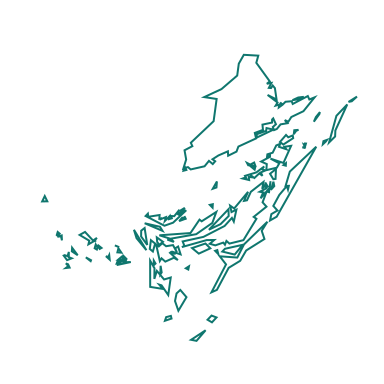 outline of Van Don, Quảng Ninh, Vietnam, rotated 10°
{"feature_id": "81297802B23156291808671", "entity_name": "Van Don", "entity_type": "district", "adm_level": 2, "iso_a3": "VNM", "parent_name": "Vietnam", "parent_adm1": "Quảng Ninh", "projection": "albers", "projection_center": [107.384, 20.984], "detail": "fine", "context": "isolated", "style": "outline", "palette": "teal", "viewbox_px": 384, "rotation_deg": 10, "n_neighbors": 0, "source": "geoboundaries", "source_scale": "gbopen_adm2", "svg_char_len": 6132}
<svg xmlns="http://www.w3.org/2000/svg" viewBox="0 0 384 384"><g transform="rotate(10 192 192)"><path d="M179.2,172.2L181.0,169.4L183.7,168.2L186.8,170.0L199.9,164.5L203.3,158.4L207.6,160.9L209.5,157.7L206.5,156.2L211.7,151.4L220.3,145.7L221.3,150.0L228.8,144.5L229.8,139.2L245.8,128.1L243.6,122.9L251.1,118.5L249.7,113.4L258.8,109.7L258.3,106.7L259.2,105.4L262.9,110.7L260.3,114.0L262.1,116.8L264.6,115.2L267.5,110.0L274.0,107.7L270.9,105.1L274.7,106.0L276.8,100.9L287.7,93.1L296.3,77.5L291.5,80.5L289.4,77.4L275.9,87.8L274.4,85.3L268.4,86.9L266.2,90.1L263.3,88.6L265.3,91.1L262.8,93.7L262.7,90.8L259.4,92.4L260.7,89.0L249.6,83.3L259.2,86.2L255.6,75.3L253.0,73.1L251.8,75.9L249.6,76.1L251.3,70.8L246.9,72.4L249.4,69.6L232.9,53.6L233.6,46.2L219.2,47.9L215.8,57.5L216.3,69.5L203.2,85.5L187.6,96.4L200.1,96.1L201.0,118.5L182.3,143.7L184.4,146.8L177.4,152.2L180.6,161.0L179.2,172.2ZM267.9,178.8L267.5,167.7L267.6,174.6L260.7,186.3L262.2,180.0L258.7,180.0L264.4,175.6L262.1,173.2L260.6,176.7L260.6,169.7L249.9,181.6L247.6,190.6L244.8,191.7L247.2,182.1L236.4,200.9L231.9,198.8L234.4,204.9L238.8,201.7L238.3,213.9L235.8,210.6L230.0,219.8L211.1,234.2L191.4,242.3L193.9,246.4L191.6,248.0L214.8,236.8L222.2,235.4L218.5,239.9L224.2,240.5L231.6,236.4L233.6,238.2L234.4,234.2L237.8,236.3L251.0,230.5L260.1,207.2L257.1,205.8L267.9,193.5L263.3,189.9L265.4,178.6L267.9,178.8ZM279.7,201.6L306.5,125.8L284.8,154.9L283.1,169.8L286.3,169.1L286.1,172.9L285.2,171.1L283.6,170.9L278.5,179.7L274.5,191.6L279.4,195.4L274.0,200.0L273.8,206.5L279.7,201.6ZM271.4,208.2L252.3,234.6L248.0,248.7L230.5,250.5L238.1,257.4L228.6,287.4L233.5,284.1L241.3,260.3L251.4,251.4L255.5,240.2L271.5,225.7L267.4,218.1L271.4,208.2ZM281.6,129.3L275.2,131.4L277.5,133.5L269.8,132.4L270.5,129.2L266.9,131.5L264.6,139.3L259.7,141.8L259.8,144.4L262.5,142.5L262.7,143.8L254.8,150.0L260.8,151.5L261.4,157.6L271.3,153.3L273.0,148.6L263.5,145.5L277.0,147.5L281.6,129.3ZM168.7,251.4L159.9,246.6L160.3,255.4L163.8,257.4L164.6,249.9L166.1,250.6L172.3,265.6L173.5,262.6L177.8,265.2L185.6,259.9L189.9,261.5L180.9,255.7L181.9,254.6L182.8,254.2L191.6,255.4L187.8,248.1L185.2,250.4L187.6,254.0L182.5,247.6L175.9,249.9L171.7,247.6L168.7,251.4ZM219.4,207.4L206.6,219.2L204.2,217.9L197.6,232.7L167.4,240.3L178.8,241.8L203.5,232.8L217.4,218.9L219.4,207.4ZM170.0,284.1L168.3,273.6L162.7,266.9L167.3,292.7L180.2,292.5L175.8,288.9L178.2,289.2L186.5,297.6L185.9,279.9L179.7,283.0L171.1,275.8L170.0,284.1ZM185.7,213.9L187.6,208.9L184.1,212.0L185.0,214.0L184.2,217.2L181.5,216.1L184.4,214.3L181.5,214.0L182.7,211.6L178.7,218.9L175.5,219.3L176.7,221.4L174.1,222.7L174.0,219.9L170.3,225.3L170.6,221.3L164.8,224.9L167.2,222.9L164.5,224.0L164.1,220.3L153.2,224.0L152.3,221.0L150.5,223.7L170.7,230.0L178.7,225.5L189.5,211.0L185.7,213.9ZM323.3,112.5L322.5,106.5L329.7,78.8L321.0,91.9L318.4,119.4L323.3,112.5ZM204.8,296.5L197.5,290.5L194.4,294.6L194.2,302.3L199.2,311.3L204.8,296.5ZM232.3,209.3L230.9,202.6L215.2,226.2L225.7,218.7L232.3,209.3ZM219.8,244.3L214.2,240.4L201.8,247.2L209.4,251.5L219.8,244.3ZM258.7,154.3L252.0,161.5L241.4,166.9L243.6,169.6L241.8,168.6L239.6,169.9L246.2,170.3L245.3,167.3L248.7,167.1L246.2,164.9L251.0,167.4L255.0,162.0L258.6,163.8L256.3,160.8L260.6,158.0L256.7,157.4L258.7,154.3ZM251.1,235.2L234.3,242.2L232.2,245.4L244.9,246.2L251.1,235.2ZM282.3,121.4L281.4,118.8L277.3,121.4L274.7,119.5L269.9,127.5L273.7,129.4L282.3,121.4ZM261.4,116.4L254.3,116.1L254.4,118.9L245.7,123.9L246.4,127.1L261.4,116.4ZM151.6,235.7L148.7,238.9L149.6,244.6L157.1,251.9L151.6,235.7ZM103.8,257.6L93.6,249.9L88.8,253.8L99.3,257.8L99.1,261.5L103.8,257.6ZM166.5,231.8L150.8,231.0L169.7,235.4L166.5,231.8ZM157.2,257.2L141.4,239.3L145.4,247.1L157.2,257.2ZM222.3,337.8L229.4,325.8L216.8,337.7L222.3,337.8ZM139.1,269.3L135.7,266.9L136.0,268.6L137.8,269.7L136.4,273.6L136.4,271.2L130.9,272.3L130.3,275.2L135.0,272.4L130.6,277.0L143.9,271.6L138.4,272.7L139.1,269.3ZM237.9,311.3L232.7,310.3L229.5,315.1L234.3,316.9L237.9,311.3ZM270.7,154.7L265.7,160.5L269.9,165.3L272.0,164.6L270.7,154.7ZM192.7,317.7L188.3,319.7L187.7,323.5L193.8,320.2L192.7,317.7ZM82.0,277.6L81.1,272.4L80.6,276.8L77.6,276.3L76.7,276.9L80.8,280.8L85.0,278.2L82.0,277.6ZM248.1,152.2L244.6,154.9L241.1,153.8L242.7,155.9L249.8,155.2L248.1,152.2ZM90.4,274.1L83.6,267.7L84.0,271.3L90.4,274.1ZM172.1,246.1L165.2,242.8L166.4,247.3L169.0,249.7L172.1,246.1ZM285.5,78.9L280.2,80.5L275.0,84.1L282.9,81.5L285.5,78.9ZM330.5,76.1L333.6,74.9L337.9,69.4L330.5,76.1ZM215.3,183.3L214.7,177.3L211.9,185.2L215.3,183.3ZM190.4,219.4L188.7,217.1L189.6,219.4L186.8,219.0L184.4,222.9L190.4,219.4ZM286.1,112.3L282.0,113.4L282.2,117.4L284.0,113.6L286.1,112.3ZM176.1,276.5L173.9,270.1L175.1,278.7L176.1,276.5ZM133.0,264.0L129.3,260.2L129.0,264.4L133.0,264.0ZM269.3,176.2L272.0,171.9L270.4,167.7L269.3,176.2ZM51.1,226.3L47.7,221.6L46.1,227.3L51.1,226.3ZM122.7,272.9L121.4,268.4L120.8,270.5L118.4,270.2L122.7,272.9ZM265.6,173.4L262.5,169.9L264.6,174.6L265.6,173.4ZM82.5,284.7L80.2,284.2L83.1,286.4L80.9,288.8L84.6,287.7L82.5,284.7ZM136.4,270.2L134.2,267.7L131.1,271.4L136.4,270.2ZM71.2,257.4L67.2,259.5L70.6,258.3L72.3,262.2L71.2,257.4ZM104.4,276.7L98.8,274.8L104.2,277.7L104.4,276.7ZM295.8,124.5L294.8,124.6L294.7,126.1L293.9,125.8L295.3,128.0L293.0,128.9L295.3,129.0L295.8,124.5ZM182.8,244.3L179.6,242.0L176.0,243.2L182.8,244.3ZM199.2,268.2L201.8,269.0L201.9,265.7L199.2,268.2ZM312.6,122.3L315.1,119.0L315.9,117.2L312.6,119.1L312.6,122.3ZM227.0,244.8L225.0,245.9L228.7,248.6L227.0,244.8ZM106.3,253.7L104.1,255.9L105.8,257.7L104.8,256.3L106.3,253.7ZM180.2,172.4L182.6,171.3L181.2,169.3L180.2,172.4ZM168.5,268.8L166.3,266.2L167.0,270.8L168.5,268.8ZM184.5,254.7L181.1,255.7L186.6,255.8L184.5,254.7ZM277.5,149.6L279.8,149.8L279.5,147.3L277.5,149.6ZM106.3,260.4L105.9,264.3L108.3,265.2L108.6,263.4L106.3,260.4ZM215.0,203.9L214.6,200.4L211.8,201.6L215.0,203.9ZM249.8,159.1L250.0,156.2L245.6,156.7L249.8,159.1ZM112.6,262.8L108.2,260.4L111.0,264.1L112.6,262.8ZM299.8,101.6L303.9,93.2L304.1,91.1L301.0,96.7L299.8,101.6ZM127.3,258.4L125.3,258.0L129.9,259.0L127.3,258.4ZM66.7,254.7L66.3,257.9L67.2,258.4L68.9,256.0L66.7,254.7Z" fill="none" stroke="#0f766e" stroke-width="2"/></g></svg>